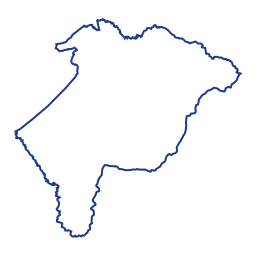 Tharaka, Eastern, Kenya
{"feature_id": "3690345B49853475853823", "entity_name": "Tharaka", "entity_type": "district", "adm_level": 2, "iso_a3": "KEN", "parent_name": "Kenya", "parent_adm1": "Eastern", "projection": "mercator", "projection_center": [38.037, -0.18], "detail": "fine", "context": "isolated", "style": "outline", "palette": "blue", "viewbox_px": 256, "rotation_deg": 0, "n_neighbors": 0, "source": "geoboundaries", "source_scale": "gbopen_adm2", "svg_char_len": 5610}
<svg xmlns="http://www.w3.org/2000/svg" viewBox="0 0 256 256"><path d="M47.8,106.1L33.8,118.1L19.9,129.2L15.4,131.5L15.5,131.9L16.8,132.2L17.0,133.1L16.9,133.7L16.4,134.1L15.6,134.2L16.9,136.6L16.1,137.8L16.4,138.2L20.2,138.0L20.6,138.3L20.0,138.9L21.4,140.3L21.4,141.0L21.8,141.2L22.5,140.7L22.4,141.8L23.1,142.9L23.5,144.7L24.9,145.1L24.6,145.7L25.4,146.2L25.2,147.0L25.9,147.3L25.6,148.9L28.6,151.7L29.7,154.1L31.1,155.3L32.4,155.9L32.5,156.6L33.2,157.1L32.7,157.9L33.4,159.0L35.4,160.5L35.7,160.9L35.4,161.6L36.1,162.3L36.1,162.8L37.0,163.3L37.2,165.8L37.7,165.9L38.4,165.3L38.8,165.4L39.7,166.2L40.5,169.7L42.3,171.4L42.8,172.7L43.8,173.1L43.8,174.3L44.9,174.4L44.7,177.5L44.9,178.4L46.2,178.7L46.4,179.2L46.4,180.0L45.9,180.9L46.1,181.3L46.9,181.4L47.9,180.5L48.3,181.4L48.0,182.4L48.3,182.9L49.1,183.5L50.8,183.9L52.1,185.1L53.6,184.9L53.3,184.2L52.5,184.0L53.7,182.7L54.5,183.1L54.8,183.6L54.7,184.2L55.1,184.5L57.0,184.7L58.6,186.2L58.4,187.1L57.0,187.8L57.7,188.5L57.5,189.0L57.0,189.2L56.9,189.6L57.5,190.6L57.5,191.4L56.0,192.1L55.9,192.7L56.8,193.6L56.9,194.0L56.5,194.2L55.9,195.6L56.0,195.9L58.1,196.5L59.6,197.4L57.9,198.4L57.3,199.2L57.2,199.8L57.8,200.2L59.2,203.0L59.0,204.6L58.2,207.1L56.7,208.7L57.0,209.7L57.9,210.7L60.0,211.4L59.2,213.3L60.0,214.9L57.9,216.4L57.6,217.0L57.4,217.5L57.8,218.9L56.9,219.7L57.0,221.4L57.3,221.8L61.7,222.9L62.3,223.6L62.3,224.1L61.8,225.4L61.8,227.0L62.8,227.2L64.6,228.3L65.1,228.8L65.0,230.1L65.4,230.6L67.3,230.6L68.5,230.2L71.3,231.4L70.5,233.2L70.4,233.9L71.0,235.3L72.2,236.3L73.5,236.7L74.9,235.7L75.4,235.8L76.0,236.7L77.9,236.4L79.0,235.4L81.3,236.4L82.2,235.3L84.1,235.7L86.3,233.3L87.4,232.6L88.2,230.3L89.7,229.7L90.0,229.1L90.2,227.7L89.7,226.1L89.9,224.6L92.0,223.3L91.6,221.8L91.8,217.6L92.2,216.1L93.9,214.7L94.0,213.8L93.5,210.5L91.3,209.1L91.1,208.4L93.4,206.0L95.6,204.7L95.6,204.2L95.0,203.3L92.8,200.8L92.7,200.0L95.7,194.7L96.5,192.1L97.2,191.6L98.7,191.4L99.0,191.0L99.2,189.9L99.0,188.7L98.3,187.7L96.5,186.5L96.2,185.4L97.4,183.8L98.2,180.2L99.6,177.7L101.8,174.9L102.3,169.2L103.5,166.8L104.8,165.2L105.2,164.9L110.5,166.1L113.7,166.1L114.8,166.6L115.6,166.1L117.5,166.9L118.5,168.3L119.4,169.0L121.3,169.1L125.6,170.2L129.6,170.1L133.0,169.5L135.8,169.6L137.0,169.1L140.5,169.7L144.7,169.5L150.5,171.8L151.5,170.1L154.7,170.6L155.5,170.4L156.0,169.2L160.3,166.4L161.1,164.6L162.2,163.2L164.7,161.7L165.3,160.7L166.4,156.5L167.9,154.9L169.2,154.0L171.0,155.1L171.6,154.9L172.6,153.9L175.2,153.3L176.7,151.9L177.0,150.6L176.7,147.4L179.0,143.1L180.3,141.5L183.6,135.2L184.4,134.2L185.2,132.2L185.7,130.3L186.3,125.1L185.9,122.1L186.7,116.4L187.3,115.8L189.8,115.8L190.3,115.3L190.7,113.9L191.2,113.6L194.3,113.3L195.5,112.5L195.8,111.4L195.4,109.2L195.5,107.8L196.1,105.3L196.5,104.8L197.9,104.6L198.2,104.1L198.9,99.6L202.3,95.1L205.3,93.5L206.8,91.6L207.8,90.8L211.6,89.4L213.5,87.9L215.3,87.9L216.9,88.4L218.4,89.1L219.2,90.2L219.9,90.6L222.3,91.0L223.7,91.6L224.5,91.4L225.2,90.5L225.6,88.4L226.1,88.0L228.4,86.9L230.2,87.5L230.9,87.4L231.7,84.3L233.6,83.2L236.6,80.5L237.8,77.0L239.5,74.4L240.6,73.6L239.9,73.2L238.5,73.3L237.6,72.7L236.6,72.5L236.5,72.0L237.7,70.8L237.5,69.2L236.5,68.5L235.6,68.3L235.3,66.6L234.9,66.3L234.2,66.5L233.3,65.9L232.7,65.1L231.8,62.2L230.4,61.0L229.5,60.9L228.9,60.0L227.0,60.1L226.5,59.1L223.3,58.9L221.2,57.4L219.6,57.7L216.9,56.8L214.5,56.9L213.9,57.6L213.6,58.7L213.2,58.9L212.2,58.6L211.0,56.9L209.5,56.1L209.2,54.3L207.5,53.7L206.3,53.8L206.1,53.5L205.3,48.5L205.1,48.0L202.1,47.3L201.8,46.8L202.6,45.8L202.6,45.2L202.5,44.8L201.4,43.9L200.3,43.4L199.2,43.6L197.8,43.4L195.7,41.6L194.7,41.7L191.7,42.8L190.9,42.6L190.3,43.1L189.0,43.2L188.3,42.3L185.0,41.3L183.8,39.8L182.1,38.7L180.5,38.3L179.7,38.6L178.4,37.9L176.0,37.6L175.5,37.3L174.8,36.7L174.3,35.4L172.6,34.7L170.6,33.1L167.5,29.7L164.6,28.0L161.1,26.9L159.7,27.5L158.7,26.9L157.8,27.8L157.4,27.7L156.3,27.1L156.4,26.3L155.6,25.8L155.5,25.2L155.0,25.1L153.8,25.6L153.2,27.1L151.8,27.5L151.1,28.8L149.1,27.9L147.0,28.3L146.4,30.2L144.1,30.9L142.5,34.3L141.9,34.7L142.0,36.1L140.9,37.0L140.3,36.0L139.5,36.0L138.5,35.3L137.4,35.0L137.5,35.4L138.0,35.6L137.9,36.0L137.0,36.0L137.4,37.0L136.9,37.2L136.6,38.1L135.8,37.6L135.8,38.5L135.5,38.7L135.0,38.5L134.9,37.7L134.5,37.6L134.2,38.0L133.6,38.1L132.7,37.2L131.9,37.8L131.4,38.6L130.8,38.7L128.6,37.6L128.8,37.3L127.9,36.5L127.5,36.6L127.6,37.3L127.1,37.5L126.9,38.2L126.4,37.5L125.7,36.9L124.6,37.3L125.0,38.1L124.8,38.4L123.7,36.7L122.6,36.0L122.4,35.1L121.7,34.9L120.4,33.0L119.9,32.9L119.8,31.9L120.2,31.7L119.9,30.2L118.5,29.4L117.9,27.7L116.5,26.3L115.9,27.1L115.4,27.1L115.2,26.8L115.5,26.4L114.2,26.2L113.9,25.9L114.0,25.0L113.3,23.9L113.3,23.4L112.1,22.8L111.8,23.5L111.4,23.5L111.0,22.7L109.9,21.7L108.9,21.8L107.3,20.9L107.0,21.9L105.5,21.9L104.5,20.0L103.6,19.7L103.1,20.0L102.7,19.3L102.3,19.7L100.9,19.9L100.0,20.6L99.2,20.7L97.7,20.0L97.2,20.6L99.2,30.0L97.3,29.7L96.9,30.1L95.4,28.7L94.1,28.4L94.4,27.4L93.9,27.1L93.2,27.5L92.9,27.2L92.9,26.8L92.2,26.1L92.2,25.0L91.8,24.8L89.9,25.1L87.8,25.9L86.8,26.8L86.0,26.3L85.1,26.7L84.2,25.7L72.4,34.9L71.2,37.3L68.1,39.2L66.0,42.0L61.8,43.3L56.3,44.2L56.7,45.2L55.7,48.4L57.2,48.9L57.9,49.5L58.1,50.0L59.6,51.2L61.3,50.8L62.1,51.0L64.8,49.9L65.5,50.0L67.0,49.5L67.8,49.7L68.4,49.0L70.4,49.1L72.7,48.6L74.2,47.7L74.7,47.7L75.3,48.5L76.4,49.1L76.9,50.2L74.3,51.3L73.0,53.4L73.1,53.7L73.9,54.2L74.0,54.7L72.6,56.6L72.4,57.7L71.6,59.3L71.3,61.3L71.5,62.2L72.5,63.8L74.2,64.3L75.0,64.9L75.7,64.5L77.2,65.3L77.9,67.9L77.2,70.4L77.6,73.5L76.3,74.8L75.7,76.5L65.8,87.9L47.8,106.1Z" fill="none" stroke="#1e3a8a" stroke-width="2"/></svg>